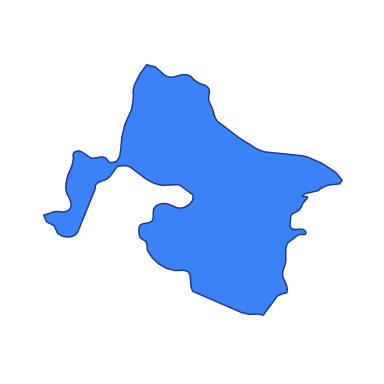 SVG path tracing the border of Mehedinti, rotated 351°
{"feature_id": "ROU-124", "entity_name": "Mehedinti", "entity_type": "County", "adm_level": 1, "iso_a3": "ROU", "parent_name": "Romania", "parent_adm1": "", "projection": "equal_earth", "projection_center": [22.715, 44.596], "detail": "fine", "context": "isolated", "style": "filled", "palette": "blue", "viewbox_px": 384, "rotation_deg": 351, "n_neighbors": 0, "source": "natural_earth", "source_scale": "10m", "svg_char_len": 2611}
<svg xmlns="http://www.w3.org/2000/svg" viewBox="0 0 384 384"><g transform="rotate(351 192 192)"><path d="M243.0,324.8L238.8,323.0L229.4,321.8L221.9,318.7L177.5,290.4L177.3,290.2L176.2,286.3L177.1,273.4L175.4,269.7L171.5,268.0L162.9,266.9L155.0,263.5L148.1,258.0L142.6,251.0L139.0,243.2L138.8,241.2L139.3,236.9L139.1,234.9L138.1,233.1L133.8,229.3L133.2,227.2L133.3,223.7L133.8,220.1L134.7,217.6L136.1,216.4L138.0,215.8L145.3,215.5L148.0,214.4L149.7,211.7L150.3,207.1L151.5,202.6L154.6,199.9L158.7,198.8L163.0,199.0L167.3,200.6L174.8,205.3L179.3,206.3L183.2,205.6L187.8,203.6L191.4,200.2L192.7,195.3L182.3,184.5L179.3,182.5L163.0,180.7L156.0,177.5L149.0,172.2L134.7,157.5L131.6,155.9L127.8,155.1L122.8,155.0L120.6,156.5L113.4,163.8L109.4,166.1L100.9,167.9L97.8,170.0L96.6,174.2L73.0,213.4L70.3,216.1L65.4,217.3L60.9,216.8L56.3,214.9L52.8,211.7L50.6,203.9L48.7,202.2L46.4,200.8L44.2,199.0L43.1,196.9L42.4,193.5L42.0,191.7L47.1,190.9L53.2,189.8L56.0,190.2L61.1,191.5L63.6,191.6L65.8,191.3L68.1,190.2L69.8,188.3L70.8,185.0L70.5,181.6L69.6,178.0L68.1,173.5L67.9,170.0L68.3,166.5L69.1,163.4L70.5,159.4L72.7,154.9L77.4,147.6L79.2,143.2L80.2,139.7L80.2,137.5L80.8,135.6L82.1,134.2L85.2,133.6L87.3,134.0L89.2,135.0L96.3,141.5L97.6,142.5L99.2,143.1L101.3,143.3L108.0,143.2L109.8,143.6L111.3,144.4L112.7,145.6L114.0,148.4L114.9,149.6L116.5,150.3L118.8,150.5L121.8,150.0L124.0,148.4L126.1,145.4L128.1,139.5L131.3,126.7L136.4,114.6L145.0,101.4L147.3,95.1L148.5,90.9L149.2,87.3L149.4,84.5L150.2,81.4L151.8,77.5L158.5,67.8L167.1,59.2L175.2,62.7L184.0,73.2L187.7,75.0L191.0,75.6L200.6,74.6L204.6,75.2L207.1,76.3L209.1,78.0L210.6,80.2L212.8,82.8L216.3,85.8L221.6,88.7L224.0,91.0L225.0,93.4L224.9,95.8L224.1,98.0L223.0,102.5L223.0,104.9L223.5,107.4L224.9,111.9L225.4,114.4L226.1,120.2L226.8,123.1L228.1,126.1L246.5,145.4L262.3,159.2L267.0,162.2L271.0,164.0L306.8,173.5L311.6,175.6L324.9,184.1L336.6,194.7L338.6,197.5L342.0,204.0L339.2,207.0L327.8,206.5L322.7,207.6L319.3,208.9L316.8,210.4L303.8,211.3L301.1,212.5L300.5,213.4L302.0,214.0L303.9,214.3L305.1,214.9L305.1,216.0L300.6,219.6L299.1,221.4L297.9,223.5L295.2,226.4L292.0,227.9L288.0,229.1L286.3,230.5L285.5,232.0L285.2,234.2L283.6,239.9L283.7,241.8L284.4,243.5L286.1,244.7L288.3,245.2L292.7,245.6L294.8,246.0L296.4,246.8L297.6,248.0L298.1,249.5L297.7,251.2L296.6,251.6L292.4,250.9L289.7,251.2L278.8,257.1L277.0,259.5L275.8,262.9L274.9,267.5L274.0,274.4L273.3,276.6L269.0,285.3L268.4,288.4L268.8,291.8L270.2,296.2L270.8,299.5L271.0,302.6L270.1,305.9L268.6,306.7L266.4,306.4L260.0,308.1L243.1,324.7L243.0,324.8Z" fill="#3b82f6" stroke="#1e3a8a" stroke-width="1.5"/></g></svg>